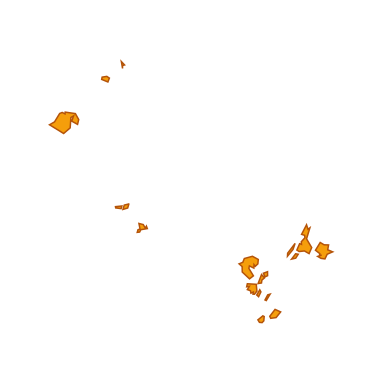 outline of Kepulauan Riau, rotated 256°
{"feature_id": "IDN-1796", "entity_name": "Kepulauan Riau", "entity_type": "Province", "adm_level": 1, "iso_a3": "IDN", "parent_name": "Indonesia", "parent_adm1": "", "projection": "albers", "projection_center": [105.285, 2.055], "detail": "medium", "context": "isolated", "style": "filled", "palette": "amber", "viewbox_px": 384, "rotation_deg": 256, "n_neighbors": 0, "source": "natural_earth", "source_scale": "10m", "svg_char_len": 1918}
<svg xmlns="http://www.w3.org/2000/svg" viewBox="0 0 384 384"><g transform="rotate(256 192 192)"><path d="M300.2,88.3L296.3,97.8L289.7,99.6L285.3,97.3L289.8,92.5L294.5,95.5L293.6,92.5L283.7,89.3L279.8,81.6L291.7,70.0L293.3,75.6L300.2,82.6L300.6,85.3L298.5,87.7L300.2,88.3ZM114.8,226.7L115.0,235.1L110.5,240.0L106.3,238.5L104.6,235.4L106.5,234.6L103.2,233.6L106.4,229.8L104.1,228.7L95.8,231.3L93.8,226.8L102.2,221.4L107.5,222.6L110.9,220.3L111.5,224.3L114.8,226.7ZM124.4,288.1L132.5,295.2L127.8,295.5L128.7,297.7L118.8,291.8L109.1,294.7L103.9,290.7L107.6,286.8L108.3,281.6L110.3,279.7L115.8,283.9L114.7,285.6L117.3,286.0L120.3,290.5L122.7,290.8L124.4,288.1ZM105.6,297.7L112.0,304.2L108.8,307.4L107.6,311.7L103.1,309.7L99.9,314.0L98.9,308.1L94.9,304.8L96.4,301.1L99.1,298.4L99.4,302.5L99.8,300.4L101.3,301.1L105.6,297.7ZM89.6,223.5L86.9,232.0L80.1,231.0L77.7,227.9L78.1,226.5L80.1,227.3L79.6,224.7L82.1,224.8L83.9,222.1L86.6,224.8L86.8,222.1L89.6,223.5ZM52.6,237.4L58.0,244.2L54.2,249.0L49.8,243.2L50.4,237.8L52.6,237.4ZM168.6,132.6L174.3,132.9L172.2,136.8L168.2,138.0L169.9,139.5L167.3,139.8L167.8,133.2L165.8,131.5L166.1,129.1L168.5,130.5L168.6,132.6ZM87.2,234.0L95.1,239.5L91.1,241.5L89.6,238.5L86.9,237.4L87.2,234.0ZM54.7,230.8L53.7,231.9L49.6,230.5L48.3,228.4L49.2,225.9L52.0,225.0L54.7,230.8ZM109.5,270.0L117.2,279.6L111.8,276.1L106.6,269.1L109.5,270.0ZM319.1,137.0L323.1,131.6L325.2,132.6L324.8,137.3L322.5,139.4L319.1,137.0ZM195.7,123.1L195.7,127.7L195.4,127.7L192.0,125.7L191.8,120.8L195.7,123.1ZM69.6,236.7L73.9,240.6L74.0,243.1L68.7,237.8L69.6,236.7ZM76.4,229.9L80.7,234.1L78.4,234.7L74.3,231.3L76.4,229.9ZM96.4,246.0L92.5,245.1L92.0,242.4L95.9,241.6L96.4,246.0ZM107.0,277.6L105.9,280.0L102.7,276.6L102.8,272.4L107.0,277.6ZM335.7,155.0L331.6,157.3L331.5,155.2L328.7,154.5L335.7,155.0ZM195.0,114.1L196.3,114.2L195.4,120.6L193.0,119.2L195.0,114.1Z" fill="#f59e0b" stroke="#b45309" stroke-width="1.5"/></g></svg>